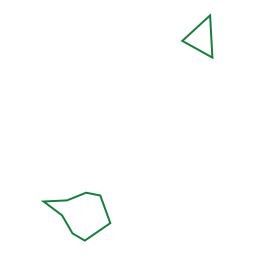 outline of Baker Island
{"feature_id": "UMI-5171", "entity_name": "Baker Island", "entity_type": "state/province", "adm_level": 1, "iso_a3": "UMI", "parent_name": "United States Minor Outlying Islands", "parent_adm1": "", "projection": "orthographic", "projection_center": [-176.475, 0.208], "detail": "fine", "context": "isolated", "style": "outline", "palette": "green", "viewbox_px": 256, "rotation_deg": 0, "n_neighbors": 0, "source": "natural_earth", "source_scale": "10m", "svg_char_len": 273}
<svg xmlns="http://www.w3.org/2000/svg" viewBox="0 0 256 256"><path d="M43.6,201.5L67.0,200.4L86.1,192.7L100.3,195.5L110.3,223.1L84.8,240.6L72.5,233.4L62.1,215.4L43.6,201.5ZM210.1,15.4L212.4,57.6L182.3,40.9L210.1,15.4Z" fill="none" stroke="#15803d" stroke-width="2"/></svg>